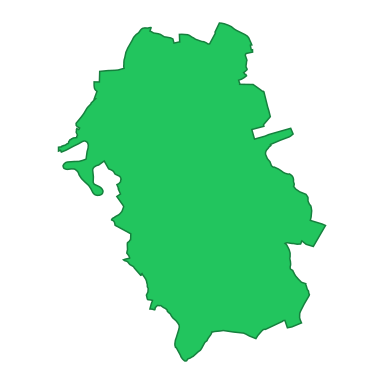 Sanpaul, Mures, Romania
{"feature_id": "2599482B86509202377836", "entity_name": "Sanpaul", "entity_type": "district", "adm_level": 2, "iso_a3": "ROU", "parent_name": "Romania", "parent_adm1": "Mures", "projection": "albers", "projection_center": [24.364, 46.447], "detail": "fine", "context": "isolated", "style": "filled", "palette": "green", "viewbox_px": 384, "rotation_deg": 0, "n_neighbors": 0, "source": "geoboundaries", "source_scale": "gbopen_adm2", "svg_char_len": 5888}
<svg xmlns="http://www.w3.org/2000/svg" viewBox="0 0 384 384"><path d="M301.5,322.9L300.1,319.6L299.6,317.7L299.7,313.8L299.9,312.8L300.7,310.9L304.2,304.0L307.9,297.7L309.1,295.6L309.4,294.4L308.8,293.4L308.5,291.1L308.2,290.6L307.5,289.8L307.1,288.8L306.3,286.0L305.8,284.7L305.7,284.2L305.8,283.7L301.5,282.3L298.5,279.3L295.7,276.1L294.3,273.8L293.8,272.6L292.8,270.9L292.8,270.5L290.5,269.1L290.3,268.7L290.1,267.0L290.6,265.0L290.6,263.6L290.4,261.3L289.9,259.2L289.8,258.4L290.1,256.5L290.1,253.1L289.2,249.9L288.7,248.8L287.1,245.7L286.6,244.8L285.1,243.4L287.0,242.7L292.0,243.5L293.4,243.5L297.2,244.2L300.6,244.0L300.8,243.7L301.5,241.6L301.9,240.9L306.1,244.3L313.3,246.5L325.5,225.5L322.1,224.0L310.3,220.4L311.1,217.0L311.7,210.8L311.2,207.5L310.8,205.9L309.4,204.2L308.5,202.3L308.0,201.0L308.0,197.8L307.8,197.1L306.7,195.4L305.9,194.3L299.7,191.8L295.6,189.0L293.6,186.3L294.0,185.5L294.2,184.6L294.2,183.9L293.5,181.8L293.5,179.3L293.2,178.0L292.8,177.0L291.9,175.7L290.4,174.5L289.3,173.9L288.3,174.2L284.9,173.2L283.2,172.3L280.9,170.6L278.4,169.0L274.3,167.1L273.9,167.1L273.4,167.3L271.7,166.0L271.4,165.6L269.9,161.6L268.2,159.7L267.3,158.5L265.6,154.5L265.5,153.0L265.8,151.5L266.6,150.0L268.3,148.1L268.9,147.1L270.1,146.1L270.9,145.5L270.4,144.5L280.4,140.2L289.2,136.9L290.7,136.0L293.1,134.0L290.7,128.3L268.6,134.6L265.2,136.1L254.5,139.1L251.8,129.5L263.9,126.3L263.5,124.7L270.3,116.7L268.8,110.6L267.7,107.1L263.9,91.8L263.3,91.3L262.8,91.5L258.2,88.1L253.1,84.5L239.7,84.3L239.8,83.8L238.6,80.2L241.5,79.2L244.2,77.6L246.5,75.8L245.9,74.9L245.9,74.5L245.1,74.3L244.7,74.0L244.2,73.3L244.0,72.8L243.7,72.6L245.2,71.4L247.0,69.7L247.1,69.2L246.8,68.4L246.1,67.2L246.0,65.8L246.4,63.2L246.5,61.7L246.9,60.5L246.8,59.8L245.4,55.7L245.3,54.9L246.0,53.6L246.5,53.4L252.6,52.1L252.5,49.8L251.9,50.0L251.4,50.0L251.0,48.7L250.4,45.6L250.4,45.1L251.8,44.9L251.1,43.2L248.7,37.8L247.3,36.1L244.8,34.5L236.5,30.4L234.5,29.2L231.4,26.7L228.5,25.3L224.4,23.8L221.5,23.2L219.4,23.0L215.0,32.1L215.4,33.1L209.6,43.9L208.0,44.0L206.4,42.9L203.8,41.7L201.8,41.5L195.6,39.3L193.5,37.9L191.9,37.1L189.4,35.4L187.6,34.7L181.9,34.3L179.4,34.4L179.7,42.0L179.0,42.0L174.0,43.1L172.9,39.0L170.7,37.9L165.8,37.0L164.4,36.9L160.4,34.4L158.1,33.7L153.6,33.0L151.1,31.5L149.9,31.1L151.1,27.7L150.9,27.5L149.8,27.6L147.7,28.1L144.9,27.9L142.7,28.3L141.6,29.0L140.7,29.9L138.6,32.8L136.2,34.5L134.1,36.8L133.2,38.2L132.2,40.3L127.8,48.0L125.9,52.3L124.8,57.6L124.1,60.0L123.9,62.2L123.9,64.1L123.7,66.2L124.1,68.3L118.2,70.0L114.9,70.3L107.6,70.6L99.7,71.4L99.4,82.0L94.1,81.9L94.1,85.5L94.3,87.4L94.6,88.7L95.5,90.1L97.0,91.3L94.2,98.9L95.3,98.9L91.1,103.1L90.8,104.1L88.2,106.7L86.9,108.3L83.9,113.4L81.5,116.7L76.1,123.3L76.2,125.4L76.5,125.7L77.2,126.6L79.6,128.0L79.0,129.3L78.7,129.6L76.8,128.6L76.5,129.3L76.4,129.8L76.5,130.7L76.3,131.3L76.2,132.3L77.5,135.2L77.3,135.7L76.9,136.0L76.7,136.7L76.7,137.6L73.1,138.0L72.9,138.4L71.4,138.9L71.2,139.4L70.1,139.7L69.7,140.2L69.4,140.9L68.8,141.4L68.6,142.2L68.6,142.8L68.1,143.6L67.2,143.7L65.5,145.0L64.9,145.3L64.4,145.3L63.9,145.4L63.6,145.7L62.0,146.0L61.6,146.8L58.5,147.2L58.5,151.1L59.1,150.9L59.6,150.4L60.6,150.3L61.2,152.0L61.4,152.1L66.2,150.1L73.7,146.1L78.5,143.8L82.5,141.5L84.0,141.0L84.8,141.0L85.7,141.3L87.2,142.3L87.7,143.1L88.0,144.1L88.3,145.2L88.2,146.2L88.1,148.0L87.1,151.5L86.3,157.3L86.2,158.6L86.0,159.0L85.6,159.3L82.6,160.4L78.9,161.4L74.1,161.5L67.5,162.0L66.4,162.3L65.6,162.6L64.0,164.0L63.1,165.5L63.1,166.1L63.2,166.8L63.7,168.0L64.2,168.5L66.0,169.2L67.5,169.4L71.4,168.9L74.1,169.0L75.0,169.3L75.9,170.0L77.0,170.9L78.2,172.4L79.2,175.1L81.5,178.6L84.9,182.0L88.3,185.1L89.3,186.3L90.9,188.8L92.9,192.7L94.2,194.2L95.3,194.9L97.3,195.4L99.7,195.2L101.5,194.4L102.4,193.5L102.8,192.4L103.0,191.3L102.8,190.4L102.1,189.1L101.3,188.1L100.2,187.2L99.2,186.6L94.4,184.3L94.0,183.9L93.2,182.4L93.2,181.2L93.4,176.9L92.7,170.4L92.7,169.6L93.2,168.2L94.2,167.0L96.5,165.6L98.7,165.0L104.2,161.0L108.7,168.9L110.8,169.7L111.9,170.3L113.0,171.0L114.1,172.3L114.8,173.8L115.7,174.4L119.7,176.3L120.4,177.2L121.2,179.3L120.8,179.7L120.5,181.8L118.8,183.7L116.9,184.6L118.7,188.8L118.3,189.0L120.5,194.0L116.8,196.5L123.1,205.4L123.7,206.7L121.9,211.5L119.9,213.8L118.7,214.8L115.0,216.8L114.8,217.2L112.8,218.2L112.3,218.6L111.6,219.6L111.6,220.0L113.1,220.6L114.1,221.5L114.6,222.8L115.1,225.3L130.8,233.8L130.6,239.8L130.0,240.1L129.1,241.5L127.8,242.4L127.4,242.9L127.3,244.5L127.5,249.7L127.1,251.3L126.8,253.1L128.7,255.6L129.6,257.5L129.6,258.2L125.5,259.1L123.5,259.8L124.5,260.6L126.8,261.3L127.9,262.1L129.2,263.8L130.1,264.7L133.1,266.4L133.8,267.1L134.4,268.1L140.7,275.3L141.1,275.2L141.1,274.3L142.0,273.6L142.4,274.5L143.6,276.0L145.7,279.1L146.5,281.1L146.8,282.8L147.3,284.4L147.3,286.5L147.5,287.2L148.2,288.4L147.9,292.1L146.4,295.1L147.3,299.0L147.9,299.7L150.2,299.9L152.5,300.4L152.2,301.6L151.8,302.3L151.2,304.1L149.9,309.0L152.7,309.2L153.1,309.5L154.7,309.8L155.1,309.0L155.2,307.7L157.4,305.5L157.8,305.4L159.1,305.7L161.0,305.6L162.4,306.8L163.8,307.7L165.7,308.6L166.4,309.5L166.8,309.6L167.2,310.3L167.3,311.2L168.5,312.5L170.3,313.9L171.4,316.0L172.9,318.0L176.1,320.8L177.8,323.0L178.9,324.8L179.1,325.1L179.3,327.2L178.6,330.1L176.2,337.9L175.4,340.1L174.9,343.6L174.9,345.1L175.5,347.4L176.1,347.4L176.9,348.8L180.3,355.0L181.1,357.0L182.5,359.0L184.6,360.9L185.7,361.0L186.6,360.8L187.7,359.1L188.3,358.7L190.1,358.1L192.2,356.8L193.1,356.4L196.9,353.0L196.9,352.9L198.2,351.8L200.4,350.2L201.6,348.4L204.8,342.5L205.4,341.9L206.9,340.8L208.0,338.5L210.9,334.5L212.1,331.8L212.5,332.0L214.7,331.5L220.0,331.0L223.3,330.5L233.3,332.0L243.6,333.1L245.9,334.1L249.4,336.0L255.9,338.6L257.9,335.4L261.8,330.9L263.3,329.6L264.2,329.3L265.4,329.4L282.4,321.4L283.3,320.6L284.9,320.4L287.4,327.8L291.9,326.9L301.5,322.9Z" fill="#22c55e" stroke="#15803d" stroke-width="1.5"/></svg>